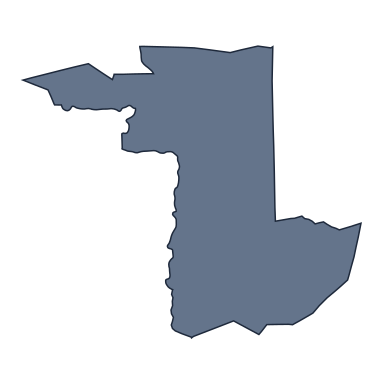 outline of Santa Catalina La Tinta, Alta Verapaz, Guatemala
{"feature_id": "79465075B69051418753494", "entity_name": "Santa Catalina La Tinta", "entity_type": "district", "adm_level": 2, "iso_a3": "GTM", "parent_name": "Guatemala", "parent_adm1": "Alta Verapaz", "projection": "orthographic", "projection_center": [-89.869, 15.251], "detail": "fine", "context": "isolated", "style": "filled", "palette": "slate", "viewbox_px": 384, "rotation_deg": 0, "n_neighbors": 0, "source": "geoboundaries", "source_scale": "gbopen_adm2", "svg_char_len": 4271}
<svg xmlns="http://www.w3.org/2000/svg" viewBox="0 0 384 384"><path d="M272.8,46.7L270.9,47.9L257.9,46.1L241.0,49.9L230.2,52.6L210.2,49.9L194.4,47.9L182.1,47.4L163.2,46.9L142.9,46.4L139.8,46.5L139.9,47.6L140.5,50.6L140.8,52.1L141.1,54.2L141.2,57.3L141.5,60.1L141.7,61.0L142.4,62.3L143.8,64.1L146.0,66.1L147.8,67.4L149.2,68.6L150.8,70.0L152.2,71.4L153.0,72.6L153.5,73.7L144.1,73.8L133.3,74.0L122.9,74.3L114.1,74.3L113.9,75.4L112.4,79.6L108.2,76.9L103.3,73.7L93.7,67.3L88.4,63.7L74.0,67.1L61.1,70.3L50.5,73.0L40.6,75.5L30.7,78.0L23.0,80.1L36.1,85.3L48.0,89.9L50.9,96.3L54.0,103.8L54.6,104.9L60.3,105.0L61.3,104.9L61.9,106.5L62.3,107.5L62.7,108.3L63.4,109.1L65.2,110.2L66.0,110.5L67.5,110.7L68.8,110.3L69.9,109.4L70.5,108.8L70.9,108.0L71.3,107.3L72.2,106.3L73.3,106.3L74.4,106.6L75.6,107.4L76.6,107.9L77.4,108.1L78.6,108.4L80.0,108.7L81.6,108.9L83.2,109.0L84.5,109.0L86.2,108.7L87.3,108.6L88.3,108.5L89.2,108.6L90.1,108.8L90.8,108.9L91.9,109.3L92.7,109.4L93.8,109.6L95.7,109.7L96.9,109.7L102.4,109.1L107.4,109.0L111.1,108.6L112.0,108.7L113.0,108.8L114.2,109.0L115.7,109.5L116.5,109.8L117.3,110.2L118.4,111.0L119.4,111.3L120.3,111.0L121.1,110.1L121.6,109.1L122.2,108.4L123.1,107.9L123.9,107.7L125.0,107.4L126.2,106.9L127.4,106.2L128.7,105.5L129.9,105.5L130.8,105.9L131.6,106.6L133.1,107.8L134.2,108.3L135.4,108.4L135.6,109.9L135.1,112.1L134.4,114.0L134.0,114.8L133.3,115.5L132.4,116.4L131.2,117.2L129.5,118.1L127.7,119.0L126.7,119.6L126.2,120.5L126.6,121.7L127.3,122.3L128.1,123.1L128.6,123.8L129.0,124.9L129.1,126.0L129.1,127.0L129.0,128.0L128.8,129.5L128.4,130.8L127.8,131.9L127.2,132.7L126.5,133.2L125.1,133.4L124.3,133.3L123.3,133.1L122.0,133.6L121.8,134.8L121.9,136.4L122.2,146.6L122.2,147.9L122.0,148.8L123.1,149.4L125.2,150.1L126.5,150.6L127.4,151.0L128.5,151.2L130.0,151.4L131.1,151.5L132.4,151.7L133.5,152.0L134.8,152.5L136.0,152.7L136.8,152.7L137.6,152.7L138.8,152.3L139.8,152.0L141.3,151.6L143.3,151.3L147.1,151.1L153.6,150.6L154.7,150.7L155.6,150.8L156.8,151.3L158.0,151.8L159.4,152.6L160.6,153.0L161.9,153.1L163.3,153.2L164.6,152.9L165.9,152.1L167.5,151.7L168.8,151.7L170.3,151.6L171.6,151.8L173.0,152.4L174.2,153.4L175.6,154.6L176.7,155.5L177.4,156.2L177.7,157.2L177.6,159.0L177.7,160.5L178.0,161.4L178.6,162.7L178.9,163.9L179.3,165.2L179.5,166.6L179.4,167.4L179.2,168.3L178.9,169.3L177.9,171.1L177.7,172.2L177.8,173.4L178.2,174.6L178.7,176.1L178.9,177.7L178.8,179.9L178.5,182.8L177.8,185.7L177.3,186.9L176.5,187.8L175.6,188.2L175.1,188.9L174.8,189.8L174.3,191.5L174.2,193.1L174.2,194.2L174.6,195.6L174.9,196.8L175.0,198.1L175.0,199.2L174.7,200.8L174.5,202.4L174.5,203.5L174.6,205.2L174.9,206.3L175.5,208.2L175.9,209.1L176.2,209.9L176.1,211.4L174.4,212.0L173.7,212.2L173.0,212.7L172.6,214.2L173.2,215.5L174.2,216.4L174.7,217.0L175.4,217.8L175.9,218.8L176.2,219.5L176.3,224.5L176.1,226.6L175.6,227.9L174.7,229.4L173.4,231.6L172.5,233.2L172.0,234.4L171.5,235.7L171.1,237.0L170.8,238.2L170.5,239.5L170.1,240.8L169.8,241.5L169.2,243.2L167.6,245.4L167.4,246.3L167.8,247.6L168.9,248.3L169.8,248.6L170.7,248.8L172.2,249.5L172.6,250.2L172.7,251.7L173.1,255.3L173.2,256.9L172.7,258.0L172.0,258.5L171.2,259.3L170.5,260.1L170.0,260.9L169.4,261.8L169.0,262.9L168.8,264.2L168.9,265.6L169.0,266.8L169.4,267.9L169.5,269.2L169.6,271.1L169.8,273.2L170.0,274.7L170.0,275.7L169.9,276.7L169.5,277.9L168.4,278.8L167.3,279.1L166.1,279.6L165.7,280.4L165.7,281.8L165.9,283.1L166.3,284.1L167.1,285.4L168.2,286.9L169.5,288.0L171.9,289.4L172.7,289.6L172.4,290.6L171.6,294.4L173.0,297.7L172.3,301.3L172.6,305.7L171.0,310.0L171.5,313.8L173.4,317.3L172.4,321.6L171.3,325.0L172.5,328.5L175.3,330.9L181.9,333.7L187.1,335.6L191.2,337.1L191.5,337.9L193.5,336.4L211.9,329.3L233.6,320.9L239.0,323.8L258.9,334.5L261.7,331.2L266.8,324.6L278.6,324.4L288.7,324.3L292.6,324.7L294.5,323.6L299.1,321.1L303.1,318.8L312.9,313.1L316.5,308.9L319.2,305.7L327.2,297.7L335.0,291.2L341.1,285.9L347.6,280.0L348.8,275.9L351.4,266.2L354.0,256.9L356.1,246.8L358.3,236.9L361.0,223.2L349.4,226.9L339.3,229.9L335.9,228.3L331.5,226.9L326.9,224.2L323.5,221.9L319.2,222.8L315.1,223.9L312.3,221.3L308.8,219.4L304.7,218.6L301.9,216.1L298.1,217.2L294.5,218.3L290.9,218.5L275.4,221.2L274.9,207.4L274.3,171.7L273.7,145.4L273.2,129.6L272.8,113.3L272.1,80.7L272.8,46.7Z" fill="#64748b" stroke="#1e293b" stroke-width="1.5"/></svg>